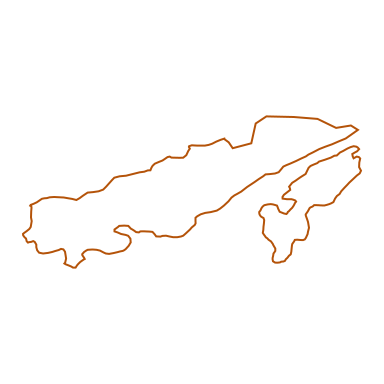 Österåker, Stockholm, Sweden (Robinson projection)
{"feature_id": "70781695B57297019096090", "entity_name": "Österåker", "entity_type": "district", "adm_level": 2, "iso_a3": "SWE", "parent_name": "Sweden", "parent_adm1": "Stockholm", "projection": "robinson", "projection_center": [18.439, 59.512], "detail": "fine", "context": "isolated", "style": "outline", "palette": "amber", "viewbox_px": 384, "rotation_deg": 0, "n_neighbors": 0, "source": "geoboundaries", "source_scale": "gbopen_adm2", "svg_char_len": 4362}
<svg xmlns="http://www.w3.org/2000/svg" viewBox="0 0 384 384"><path d="M224.4,138.6L220.7,139.8L216.3,141.6L212.2,143.7L208.7,144.9L204.9,145.6L197.1,145.6L191.8,145.3L189.1,146.2L188.9,146.9L189.8,148.7L188.3,150.9L186.3,155.2L183.2,157.7L179.5,157.8L171.4,157.6L169.7,156.6L167.5,157.1L164.9,158.9L162.5,160.5L159.0,161.9L154.8,163.7L152.6,165.8L151.5,167.6L150.4,170.3L147.8,170.4L144.3,171.7L139.7,172.3L130.9,174.5L126.1,175.7L119.6,176.3L114.3,177.7L112.1,180.0L108.6,183.9L106.2,186.6L103.2,189.6L98.6,191.3L93.1,192.1L87.6,192.6L82.8,195.8L79.7,198.1L76.4,200.0L72.1,198.9L68.4,198.3L63.8,197.5L54.1,197.0L49.7,197.3L46.9,198.1L44.3,198.3L41.9,198.8L39.0,200.8L36.8,202.3L33.6,203.8L30.7,204.9L30.2,205.7L31.3,206.3L31.5,207.8L31.2,211.5L31.0,217.4L31.7,221.1L31.2,224.1L30.7,227.0L29.3,229.0L26.7,231.1L24.2,232.9L23.0,233.9L23.2,235.4L24.6,237.3L26.0,238.5L26.7,241.3L28.0,242.6L28.8,242.2L31.2,241.9L33.2,241.1L34.7,241.9L36.3,244.6L36.3,247.2L37.2,250.3L39.1,252.7L43.1,253.5L48.1,252.9L52.5,251.9L54.9,251.1L58.8,250.0L61.0,248.9L63.4,249.4L65.0,251.7L65.6,255.3L66.1,258.6L65.2,262.5L64.4,263.5L65.7,264.3L68.8,265.5L71.2,266.5L73.0,267.6L75.6,267.6L77.0,265.4L78.2,264.0L80.2,262.0L83.7,259.5L84.7,259.0L84.1,257.8L83.0,256.2L82.3,255.1L82.2,254.2L84.1,252.0L86.3,250.5L87.7,249.8L92.5,249.5L96.6,249.8L100.0,250.6L103.4,252.4L105.8,253.5L109.1,253.9L113.4,253.1L117.7,252.1L119.8,251.5L122.8,250.9L124.2,250.2L125.7,249.1L128.7,245.8L130.7,242.4L130.4,238.7L128.2,235.8L125.6,234.9L121.1,234.0L117.5,232.4L114.5,231.4L114.5,229.5L118.1,226.9L119.2,225.9L124.2,225.6L128.3,225.9L130.9,228.7L132.2,229.4L134.1,230.6L136.1,232.1L138.9,232.4L140.3,231.4L143.3,231.3L149.8,231.6L152.5,231.9L154.6,234.2L156.2,236.4L160.4,236.6L162.5,235.9L166.0,235.7L169.5,236.5L173.2,237.2L177.2,237.2L181.0,236.5L183.2,235.7L185.6,233.6L190.0,229.5L191.7,227.5L194.8,224.9L195.6,223.3L195.5,221.2L195.5,217.8L197.2,216.3L200.7,214.3L205.2,212.9L210.7,212.1L216.8,210.6L220.1,208.6L223.9,205.6L228.5,201.3L231.5,197.6L234.4,195.4L237.0,194.0L241.2,191.6L247.1,187.0L254.5,182.1L258.9,179.0L263.1,176.3L265.5,174.4L269.6,174.1L275.0,173.5L278.7,172.2L281.3,169.1L283.3,166.6L286.5,165.1L290.0,163.7L296.1,161.0L300.8,158.7L305.9,156.4L308.4,154.6L312.7,152.5L319.2,149.1L325.3,146.7L332.0,144.3L338.7,141.4L345.7,138.5L357.9,129.9L350.9,125.5L336.1,127.9L317.5,118.9L293.7,117.0L266.4,116.4L255.7,123.5L251.3,143.3L232.7,148.2L228.7,142.3L224.6,139.3L224.4,138.6ZM352.7,156.3L352.3,154.0L355.0,152.4L357.1,151.3L359.1,149.1L357.8,147.6L356.5,146.7L353.7,146.2L350.6,147.1L347.5,148.5L342.9,151.1L340.0,152.5L336.8,155.5L334.4,155.7L330.9,157.6L324.7,159.8L319.0,161.6L317.3,163.1L314.3,164.3L312.2,165.2L310.5,166.0L308.6,167.8L305.6,174.0L301.9,176.3L299.6,177.8L295.4,180.8L292.2,182.8L291.0,184.3L289.1,186.7L289.9,188.2L290.2,189.9L288.4,191.3L285.2,193.8L283.9,194.8L282.5,197.0L282.6,198.6L286.9,199.2L291.5,199.2L293.3,199.7L295.3,200.5L296.1,201.6L295.3,202.6L294.8,203.3L294.3,204.5L293.3,206.2L292.1,207.9L290.4,209.5L288.9,211.2L287.8,212.0L287.3,213.2L286.4,214.0L284.0,213.5L281.3,212.4L279.7,211.8L278.9,210.2L278.2,208.8L277.7,207.3L277.0,205.6L275.1,205.0L272.9,204.4L270.7,204.1L267.8,204.4L264.3,205.2L262.6,206.6L261.4,208.3L260.4,210.6L259.3,211.8L259.2,212.9L259.6,214.6L260.8,216.4L262.0,217.2L263.5,218.0L264.2,220.1L263.9,223.6L263.5,226.7L263.3,230.0L262.8,232.9L263.9,234.6L265.1,236.2L265.8,237.3L267.4,238.4L268.4,239.6L269.8,240.6L271.0,241.4L272.2,243.1L272.8,243.9L273.3,245.1L274.0,246.3L275.3,248.5L275.3,250.9L274.4,252.3L273.5,253.5L273.1,256.0L272.6,258.0L272.6,259.4L273.0,261.3L275.1,262.6L277.5,262.7L280.0,262.4L281.2,261.7L283.4,261.5L284.9,260.9L285.8,259.3L287.4,257.8L289.0,255.7L290.7,254.4L291.3,251.8L291.7,247.8L292.0,245.1L292.3,243.9L294.1,241.4L294.8,239.9L297.2,239.7L300.4,240.0L303.0,240.1L304.8,239.4L305.9,237.8L307.6,234.1L308.0,231.7L309.0,227.8L308.0,221.9L307.1,219.2L305.8,215.6L305.7,214.4L307.8,211.4L309.6,208.1L310.5,207.4L312.6,206.5L314.2,205.1L318.2,205.2L320.9,205.4L324.3,205.5L326.7,204.9L329.3,204.1L331.2,203.3L333.4,202.1L335.1,198.5L336.9,196.0L339.6,194.0L341.2,191.3L344.3,187.9L347.3,184.8L349.3,182.6L352.0,180.1L356.9,175.5L359.7,173.4L361.0,170.7L359.1,167.1L359.3,162.5L360.2,158.5L358.9,157.1L356.7,156.6L353.6,158.3L352.7,156.3Z" fill="none" stroke="#b45309" stroke-width="2"/></svg>